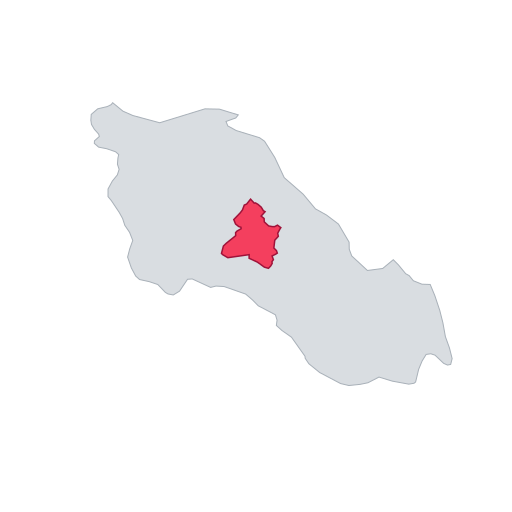 Elbasan, Elbasan, Albania shown in context, rotated 132°
{"feature_id": "67620474B34590160208903", "entity_name": "Elbasan", "entity_type": "district", "adm_level": 2, "iso_a3": "ALB", "parent_name": "Albania", "parent_adm1": "Elbasan", "projection": "albers", "projection_center": [20.009, 41.064], "detail": "fine", "context": "in_parent", "style": "filled", "palette": "rose", "viewbox_px": 512, "rotation_deg": 132, "n_neighbors": 0, "source": "geoboundaries", "source_scale": "gbopen_adm2", "svg_char_len": 2180}
<svg xmlns="http://www.w3.org/2000/svg" viewBox="0 0 512 512"><g transform="rotate(132 256 256)"><path d="M166.9,151.5L167.3,144.3L169.0,132.9L168.1,129.1L169.1,122.5L165.9,113.8L160.6,107.5L165.9,96.4L173.5,83.0L180.6,72.4L189.2,61.3L194.9,50.7L201.0,41.6L206.3,38.8L208.9,40.7L210.2,44.7L209.9,56.6L211.7,60.7L215.3,63.7L222.9,62.3L231.4,59.3L242.8,53.1L244.8,53.4L249.0,56.7L257.8,71.0L263.7,83.6L275.3,88.0L281.8,92.8L290.1,100.3L294.2,107.8L300.0,130.7L300.7,144.6L299.1,151.0L297.7,152.6L292.6,175.3L294.0,186.8L294.0,194.4L289.6,197.4L286.7,202.2L291.5,221.0L291.0,229.0L291.2,238.2L300.0,259.2L305.1,265.6L309.7,268.7L315.7,288.0L319.1,291.3L333.3,289.3L340.3,291.4L343.1,296.0L343.7,299.1L342.9,309.9L346.5,318.2L351.4,326.8L351.4,332.0L348.3,340.6L342.7,350.7L335.2,354.6L326.9,358.0L323.0,365.8L321.0,374.0L317.4,380.2L315.1,386.9L311.6,400.7L310.9,405.7L305.2,410.8L296.4,412.9L288.5,413.3L283.2,415.7L280.5,420.4L275.5,424.2L272.5,425.9L272.5,430.1L276.2,438.8L280.4,445.8L280.5,451.5L278.5,453.1L272.0,452.4L270.7,454.5L270.0,460.9L268.3,466.3L265.6,469.6L261.0,473.2L252.5,472.1L244.6,466.6L240.4,464.9L238.0,465.1L237.4,451.8L234.0,441.5L221.4,416.7L180.8,392.4L171.3,381.4L167.1,372.3L163.0,363.6L167.0,363.4L171.0,365.6L176.1,368.3L178.2,364.0L176.0,354.6L165.7,332.5L165.0,326.4L170.2,308.0L178.9,287.4L178.5,262.3L181.2,243.4L178.4,231.1L177.1,216.1L183.4,196.1L188.6,191.2L191.9,184.9L192.2,163.5L180.5,153.5L166.9,151.5Z" fill="#d9dde1" stroke="#a8b0b8" stroke-width="1"/><path d="M218.7,260.7L221.7,261.8L223.2,263.5L225.2,266.7L225.1,272.7L222.7,275.1L222.9,278.9L217.0,278.9L217.4,280.9L216.2,284.8L216.3,289.1L216.9,291.9L217.9,292.7L217.4,298.1L223.7,297.7L226.0,298.8L230.8,296.9L234.4,296.6L243.8,296.9L245.9,292.6L245.7,288.6L244.7,286.4L245.7,285.3L250.2,286.8L252.3,286.8L254.5,284.7L266.3,286.6L270.4,286.9L277.2,283.4L277.3,281.6L276.1,275.8L259.6,262.0L262.3,259.6L259.6,250.8L258.7,242.3L256.8,238.5L253.6,238.4L250.7,239.0L249.5,240.4L247.1,240.6L245.2,244.1L241.5,242.6L239.6,242.1L238.3,244.4L238.1,248.1L231.7,252.6L226.4,252.6L224.6,255.1L219.8,256.3L218.3,256.5L218.7,260.7Z" fill="#f43f5e" stroke="#9f1239" stroke-width="1.5"/></g></svg>